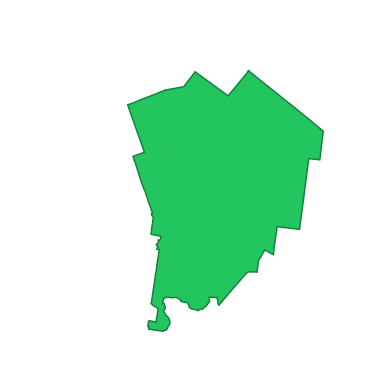 Toporu, Giurgiu, Romania (Albers equal-area conic projection), rotated 221°
{"feature_id": "2599482B93697882069712", "entity_name": "Toporu", "entity_type": "district", "adm_level": 2, "iso_a3": "ROU", "parent_name": "Romania", "parent_adm1": "Giurgiu", "projection": "albers", "projection_center": [25.652, 44.005], "detail": "fine", "context": "isolated", "style": "filled", "palette": "green", "viewbox_px": 384, "rotation_deg": 221, "n_neighbors": 0, "source": "geoboundaries", "source_scale": "gbopen_adm2", "svg_char_len": 5731}
<svg xmlns="http://www.w3.org/2000/svg" viewBox="0 0 384 384"><g transform="rotate(221 192 192)"><path d="M203.7,321.6L209.1,321.3L218.7,321.0L224.5,320.8L227.0,320.7L229.1,320.7L229.1,320.0L229.1,319.9L228.7,318.7L228.6,318.3L228.5,315.7L228.4,314.3L228.4,309.1L228.1,299.3L227.8,288.3L238.2,287.4L248.3,286.5L268.5,284.8L268.0,277.6L267.9,275.7L267.8,273.6L267.7,271.6L267.5,269.5L267.3,266.8L267.3,266.5L267.4,266.2L267.5,266.0L267.7,265.7L267.9,265.3L268.6,264.6L272.9,259.0L274.1,257.5L274.4,257.1L275.0,256.4L276.2,254.9L278.5,252.0L278.8,251.8L279.2,251.4L279.4,251.2L279.5,250.9L279.8,249.8L280.0,249.3L280.6,248.2L281.4,246.9L281.9,245.9L283.1,243.1L284.0,241.6L284.5,240.9L285.2,239.4L286.2,237.5L286.6,236.7L286.7,236.4L287.2,235.6L290.2,230.0L291.0,228.4L291.1,228.1L291.5,227.3L292.3,225.9L293.7,223.1L294.0,222.2L294.2,221.8L294.5,221.4L295.1,220.4L296.0,218.6L297.3,216.4L297.7,215.6L296.9,215.1L294.2,213.6L292.3,212.4L290.6,211.5L289.3,210.7L288.8,210.4L287.9,209.9L286.9,209.3L286.3,209.0L285.2,208.4L284.5,208.0L283.2,207.3L282.1,206.7L281.6,206.3L280.3,205.7L278.7,204.7L276.2,203.3L274.8,202.5L273.4,201.8L271.5,200.7L267.4,198.4L266.4,197.9L261.6,195.0L260.2,194.3L259.6,194.0L259.3,193.8L259.0,193.6L254.7,191.1L254.0,190.8L257.4,184.8L259.9,180.2L254.4,177.0L253.0,176.2L252.4,175.8L249.6,174.1L245.9,171.9L241.0,168.8L238.1,167.1L235.3,165.5L230.0,162.5L229.8,162.5L229.6,162.5L229.2,162.5L225.2,160.1L220.9,157.6L217.4,155.3L215.4,154.4L213.8,153.5L212.5,152.7L211.2,152.0L209.0,150.7L208.0,150.1L208.5,149.1L208.0,148.8L207.6,148.4L207.5,148.2L207.1,148.1L205.5,147.6L205.2,147.5L204.7,147.4L204.4,147.2L204.0,146.8L203.8,146.4L203.6,146.1L203.5,145.8L203.4,145.5L203.2,145.3L203.0,145.0L202.8,144.8L202.7,144.6L202.3,144.1L201.8,143.3L200.6,141.3L199.7,139.8L199.2,139.0L198.6,138.1L197.2,136.2L195.9,134.2L195.5,133.5L195.3,133.4L195.1,133.3L194.9,133.3L193.2,134.3L188.1,137.3L187.8,137.4L187.3,137.6L187.0,137.8L186.9,137.9L186.8,138.0L186.7,138.1L186.7,138.5L186.4,137.9L186.3,137.6L186.2,137.4L186.1,137.2L185.8,136.9L184.6,135.0L184.5,134.7L186.1,133.4L184.7,132.7L184.2,131.9L184.2,131.4L184.4,131.0L184.3,130.8L184.4,128.7L181.5,128.1L181.7,127.7L181.1,125.7L179.2,126.9L178.8,126.5L178.5,126.2L178.3,125.9L178.1,125.6L176.6,123.3L174.6,120.3L173.9,119.2L173.4,118.3L170.3,113.4L169.5,112.4L165.9,106.7L165.8,106.3L165.4,105.5L164.9,104.8L164.7,104.6L164.4,104.3L163.8,103.4L161.9,100.4L159.0,95.9L156.8,92.4L154.7,89.1L150.6,82.6L150.0,81.6L149.5,80.8L148.8,81.1L146.4,80.8L143.7,81.5L141.9,81.6L140.9,81.5L133.8,70.3L140.0,66.7L139.9,65.8L138.4,63.4L137.2,61.6L136.8,61.8L136.7,61.9L136.4,61.8L134.7,60.3L134.3,60.0L134.1,60.1L133.5,60.9L130.5,62.8L130.3,62.8L130.2,62.9L130.0,63.1L123.3,67.4L122.4,67.9L122.3,68.0L122.2,68.3L122.2,69.0L122.1,69.4L122.0,69.5L121.8,69.8L121.6,70.0L121.4,70.2L121.2,70.4L121.0,70.9L121.0,71.1L121.0,71.4L120.9,71.5L121.0,71.8L121.0,72.0L121.1,72.7L121.4,73.4L121.6,74.6L121.7,74.8L121.9,75.6L121.9,76.8L121.9,77.1L122.1,77.5L122.4,78.1L123.1,79.1L123.6,79.6L123.9,79.9L124.2,80.2L124.9,80.5L125.6,81.0L126.2,81.4L126.5,81.6L127.5,81.7L128.5,81.7L129.6,81.9L130.2,81.9L130.5,81.9L131.0,82.0L131.7,82.2L132.2,82.4L132.7,82.7L133.0,82.8L133.5,82.9L133.9,82.9L134.1,82.9L134.4,82.9L134.6,83.1L135.1,83.6L135.4,84.0L135.5,84.2L135.6,84.6L135.7,84.8L135.7,85.9L135.6,86.0L135.6,86.3L135.7,86.5L135.8,86.7L135.9,86.8L136.2,87.0L136.7,87.4L137.1,87.9L137.4,88.1L137.5,88.2L137.9,88.3L138.5,88.7L139.1,89.1L139.4,89.3L139.9,89.5L140.2,89.5L141.0,89.5L141.4,89.3L141.4,89.1L142.5,90.8L142.5,91.0L142.5,91.3L142.6,91.7L142.7,91.8L142.8,91.9L143.1,92.4L143.2,92.5L143.4,92.8L143.8,93.5L143.6,93.6L143.2,94.0L142.8,94.4L142.7,94.6L142.6,94.9L142.5,95.8L141.5,96.5L140.9,97.0L139.8,97.7L139.3,98.1L138.5,98.6L137.4,99.2L136.9,100.0L136.7,100.4L136.3,100.7L134.8,101.9L134.1,102.4L133.6,102.7L133.0,102.7L131.6,102.7L131.3,102.8L130.3,102.9L130.0,102.8L129.5,102.5L129.1,102.3L128.8,102.2L128.4,102.3L128.1,102.4L127.7,102.8L127.4,102.9L126.6,103.2L126.3,103.3L125.7,103.9L125.3,103.9L124.9,103.9L124.6,104.1L124.3,104.4L124.1,104.8L123.8,105.1L123.2,105.3L122.6,105.2L122.3,105.0L121.9,104.9L121.4,104.9L121.1,105.0L120.0,104.4L118.8,103.5L118.3,103.2L117.7,103.2L116.8,103.2L116.0,103.4L115.5,103.6L114.9,103.8L113.5,104.7L112.3,105.3L110.9,106.2L110.6,106.3L109.8,106.4L109.3,106.6L109.2,107.2L109.3,107.9L109.3,108.6L109.1,109.0L108.8,109.3L108.0,109.5L107.4,109.9L107.2,110.5L107.1,112.0L107.1,112.5L107.1,113.2L106.9,113.7L106.6,114.5L106.5,116.3L106.6,117.0L106.8,120.1L106.8,120.9L107.2,121.3L107.8,121.8L108.7,122.3L109.0,122.6L109.9,123.4L110.1,123.7L109.6,124.2L103.7,128.8L98.5,124.4L97.4,124.2L97.7,143.9L97.7,161.3L97.7,165.1L97.5,166.9L97.5,168.0L96.6,169.0L92.1,172.9L91.1,173.9L90.6,174.0L90.3,174.1L96.7,183.7L96.8,184.0L98.8,194.6L99.0,196.0L91.1,197.7L89.5,198.2L95.1,206.2L98.1,211.0L105.0,221.7L99.3,225.6L94.1,229.1L86.3,234.4L88.8,238.1L92.8,244.1L94.2,246.3L96.0,249.0L97.8,251.7L99.2,253.8L100.1,255.2L102.0,258.1L102.9,259.4L104.5,261.9L108.2,267.3L109.8,269.7L111.3,272.0L112.3,273.5L113.9,275.9L117.8,281.8L119.9,284.9L120.4,285.7L121.3,287.0L122.4,288.6L122.9,289.4L124.4,291.8L125.8,293.8L122.9,295.8L122.5,296.1L119.8,298.0L116.7,300.1L117.3,301.1L118.7,303.2L120.8,306.3L121.7,307.6L123.9,310.9L124.5,311.8L125.0,312.5L125.8,313.6L126.7,314.9L126.9,315.0L127.3,315.7L127.9,316.7L130.4,320.4L130.8,321.0L131.6,321.9L132.2,323.0L132.1,323.4L132.3,323.6L133.6,324.0L135.2,324.0L136.7,323.9L144.2,323.7L147.4,323.7L151.5,323.6L154.6,323.5L157.6,323.4L160.3,323.3L166.5,323.1L167.8,323.1L171.8,322.9L173.7,322.9L178.6,322.6L180.8,322.5L182.4,322.4L190.7,322.1L196.0,322.0L203.7,321.6Z" fill="#22c55e" stroke="#15803d" stroke-width="1.5"/></g></svg>